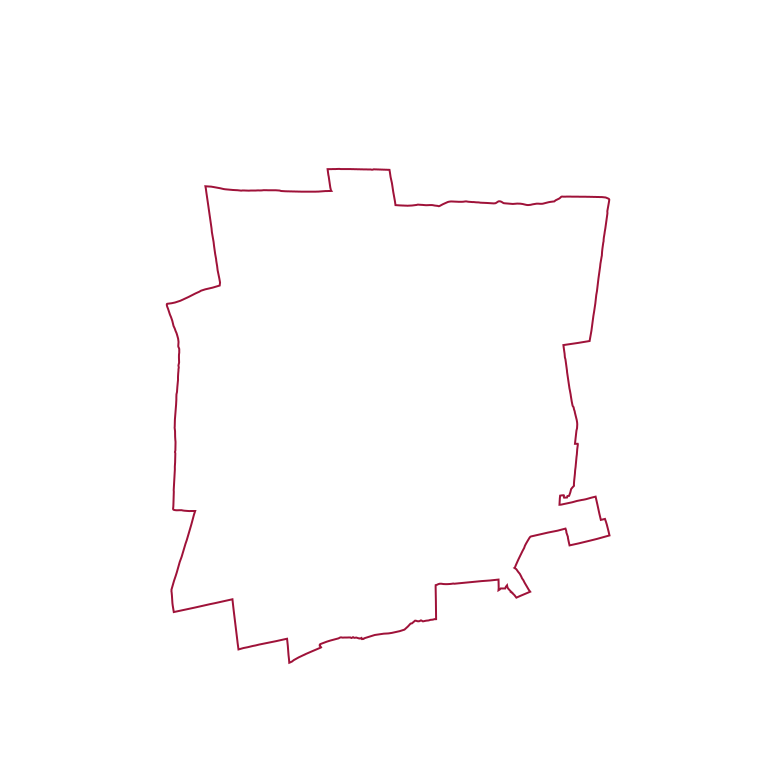 Oprisor, Mehedinti, Romania, rotated 161°
{"feature_id": "2599482B3285510863665", "entity_name": "Oprisor", "entity_type": "district", "adm_level": 2, "iso_a3": "ROU", "parent_name": "Romania", "parent_adm1": "Mehedinti", "projection": "equal_earth", "projection_center": [23.062, 44.291], "detail": "fine", "context": "isolated", "style": "outline", "palette": "rose", "viewbox_px": 768, "rotation_deg": 161, "n_neighbors": 0, "source": "geoboundaries", "source_scale": "gbopen_adm2", "svg_char_len": 6154}
<svg xmlns="http://www.w3.org/2000/svg" viewBox="0 0 768 768"><g transform="rotate(161 384 384)"><path d="M488.5,629.1L488.9,626.4L489.5,623.5L491.8,611.3L496.4,587.3L497.3,583.6L498.9,573.7L499.7,570.1L501.3,561.9L502.1,556.7L502.5,555.1L503.4,549.8L504.3,545.6L505.4,537.1L506.0,533.3L507.3,530.6L514.6,530.9L522.2,531.7L526.6,531.8L528.5,531.4L532.8,531.0L540.6,529.9L549.5,529.0L555.1,529.1L558.4,529.5L562.8,530.4L563.2,530.3L563.4,530.1L563.7,529.1L563.8,527.7L563.7,525.3L563.8,519.3L563.6,516.5L563.6,512.7L564.1,507.4L563.8,504.6L563.8,502.1L563.6,499.6L563.7,497.0L563.9,493.9L564.6,490.6L566.2,486.8L566.3,485.8L566.2,485.1L566.2,483.8L567.4,480.3L568.3,478.5L569.2,476.0L570.4,472.1L570.8,470.9L572.3,468.5L572.7,466.3L573.5,464.9L574.1,463.3L575.1,461.1L576.5,457.7L577.4,455.0L580.4,448.4L582.3,443.9L583.6,441.8L584.6,439.2L585.4,436.9L587.3,432.2L593.3,418.4L595.8,411.7L596.0,411.3L596.2,410.8L596.9,407.5L598.7,402.0L599.5,399.1L599.9,397.4L600.3,396.2L602.9,389.1L603.8,387.7L603.8,386.7L603.9,386.3L607.1,377.7L608.7,373.9L609.6,371.2L617.4,352.1L617.8,350.6L621.9,339.8L623.1,336.7L624.0,334.8L624.1,334.3L624.1,334.0L623.9,333.6L622.7,332.8L621.4,332.2L620.3,331.8L618.5,331.3L617.1,330.8L616.5,330.6L615.2,329.8L613.8,329.1L610.1,327.5L609.0,327.1L607.3,326.6L603.9,325.4L606.3,322.2L611.9,313.9L617.7,305.7L621.4,300.5L623.6,297.7L631.6,286.5L635.1,282.2L641.2,273.4L643.5,270.3L646.6,266.3L652.0,258.6L652.2,257.7L652.5,257.1L652.6,256.3L653.4,253.0L655.4,245.7L655.9,243.3L657.0,236.8L635.7,234.2L620.3,232.5L615.0,231.8L597.4,229.8L599.6,220.0L606.1,189.6L606.7,186.9L608.0,180.4L602.8,180.1L598.5,179.5L593.2,179.0L590.5,178.6L587.0,178.3L569.8,176.0L559.3,174.8L558.6,174.7L560.2,167.7L562.5,158.9L563.6,154.0L564.3,151.3L561.5,151.5L559.2,152.3L553.6,153.3L545.5,154.2L537.8,154.8L536.1,154.9L529.4,155.4L529.2,155.5L530.0,157.4L529.5,157.8L529.5,158.5L528.9,158.8L522.1,159.0L518.2,158.9L509.8,158.3L507.9,158.6L506.8,158.3L506.0,157.8L498.3,155.3L498.0,154.9L497.3,154.4L495.7,154.7L495.4,154.2L494.5,153.6L492.8,153.3L490.2,151.4L489.7,151.4L489.2,151.1L488.2,151.2L488.3,150.7L488.1,150.3L487.9,150.4L487.7,150.3L487.3,149.8L486.7,149.7L486.5,149.9L486.1,149.7L485.6,149.9L484.9,150.0L474.5,149.7L465.5,148.0L460.9,146.7L457.5,146.1L449.6,145.2L444.6,145.1L440.4,146.9L436.9,148.8L435.5,148.6L431.7,150.1L430.9,149.8L429.7,148.9L429.0,148.5L427.5,148.2L426.3,148.5L425.9,148.4L425.3,147.8L424.5,146.9L421.3,146.5L418.7,145.9L417.0,145.9L414.5,145.3L412.6,145.2L411.7,144.8L411.3,144.7L405.6,161.9L401.2,175.5L400.6,177.0L399.3,176.9L397.8,177.1L396.4,177.0L394.9,176.5L392.7,175.4L390.1,174.4L386.6,173.4L384.8,173.0L383.5,172.8L382.7,172.3L356.0,165.9L347.7,163.7L339.4,161.8L340.8,157.4L342.0,153.7L342.9,151.7L341.5,152.0L340.2,152.7L336.0,151.2L334.8,152.6L333.2,153.6L333.4,152.2L333.4,151.3L333.3,150.4L331.9,147.1L331.0,145.4L331.3,145.4L330.8,144.7L329.4,141.9L328.4,138.9L323.8,139.3L313.4,140.0L314.1,142.2L315.0,146.7L315.4,148.6L315.8,150.7L316.1,153.1L316.7,155.1L316.8,155.8L316.9,157.2L317.4,160.3L318.3,162.7L319.2,165.8L319.4,166.1L320.5,167.6L320.1,167.7L318.4,169.7L314.1,174.3L307.4,181.0L304.8,183.4L303.4,185.2L301.6,186.9L299.3,188.9L296.4,191.3L295.4,191.9L294.7,192.0L277.0,190.1L267.6,188.8L259.5,188.2L259.5,186.4L259.6,185.3L259.9,184.2L259.9,181.4L259.9,179.6L260.2,178.6L260.7,174.7L261.1,171.0L251.7,169.9L240.0,168.8L233.2,168.2L220.1,167.4L219.7,171.3L219.1,178.5L219.0,181.8L219.0,184.5L223.2,184.9L222.6,191.2L221.5,200.4L220.6,208.6L224.8,209.0L230.1,209.3L231.2,209.4L233.4,209.7L234.4,209.9L239.6,210.6L244.6,210.9L252.7,211.9L256.0,212.3L257.4,212.7L254.9,218.8L253.8,221.1L252.1,220.8L250.3,220.3L250.2,219.8L250.7,218.8L250.7,217.9L247.9,217.1L247.0,218.3L245.4,218.0L243.1,220.9L241.3,223.7L239.6,224.8L237.5,225.9L237.1,227.3L235.7,230.6L232.7,237.0L231.4,240.1L229.9,243.1L225.7,252.4L224.6,254.6L222.5,259.5L221.6,261.3L220.6,263.3L220.3,264.1L220.3,264.4L222.9,265.3L217.2,277.3L215.9,279.3L214.5,282.7L214.0,284.4L213.5,287.2L212.8,295.0L212.6,296.0L212.6,298.2L212.3,300.3L212.7,301.6L212.7,302.5L212.2,306.3L211.2,312.1L211.0,313.0L210.3,317.6L210.1,319.3L207.0,335.8L206.7,336.8L204.4,348.3L204.3,350.3L203.4,353.8L202.4,359.0L201.7,362.4L187.4,359.7L175.6,357.7L170.5,366.9L163.8,380.3L161.9,383.8L158.0,391.3L154.3,399.1L152.4,402.5L146.9,413.9L141.5,424.5L140.3,427.1L136.7,433.7L136.3,434.3L134.9,437.7L133.4,440.9L130.7,446.2L129.9,447.5L129.3,449.1L128.4,451.0L126.6,454.3L125.7,456.1L124.0,459.2L117.2,472.6L116.8,473.9L116.6,474.7L116.3,475.2L111.9,483.1L111.0,484.9L111.0,485.4L111.3,486.0L112.0,486.7L113.7,488.2L116.9,489.7L131.0,494.9L148.5,501.1L153.3,502.7L154.8,503.3L155.5,503.3L156.8,502.7L158.0,502.3L162.0,501.8L163.5,501.2L163.9,501.3L167.3,502.0L169.2,502.3L175.4,502.8L177.6,503.5L179.7,504.4L180.9,504.8L185.0,505.5L187.1,505.7L188.8,506.1L189.6,506.3L191.1,507.0L194.4,509.1L196.4,510.1L199.3,511.2L203.6,512.3L211.1,515.6L211.9,516.0L212.5,516.6L213.6,518.0L214.1,518.4L214.7,518.9L215.7,519.3L216.4,519.4L219.2,518.7L220.2,518.7L221.6,519.1L228.1,521.8L233.2,523.8L233.7,524.0L235.2,524.8L238.0,525.9L240.1,526.9L241.1,527.2L245.0,528.9L246.8,529.9L247.4,530.1L250.0,530.6L253.9,531.9L260.7,534.6L261.7,534.9L263.2,535.2L264.5,535.3L269.9,534.8L272.9,534.3L273.8,534.2L274.4,534.3L275.2,534.9L277.9,536.2L279.8,537.3L281.0,537.8L282.2,538.2L285.9,539.3L288.2,540.3L289.3,540.8L291.3,541.6L293.6,542.6L294.9,542.7L299.2,543.6L303.7,544.9L311.1,547.8L314.9,549.4L314.1,553.6L312.7,562.7L311.9,567.0L311.1,571.4L310.4,577.5L309.5,582.3L309.1,584.7L310.4,585.2L324.0,590.4L324.8,590.3L326.0,590.7L326.6,591.1L327.1,591.3L332.7,593.3L346.2,598.3L354.9,601.3L356.4,602.0L359.8,603.0L367.4,605.5L368.6,599.5L368.7,598.4L370.8,587.3L371.1,584.4L370.9,583.7L371.7,583.9L376.6,585.5L383.8,587.4L389.5,589.3L394.4,591.0L397.7,592.1L414.4,598.3L418.5,600.0L419.7,600.9L423.0,602.3L428.8,604.3L434.5,606.4L436.3,606.8L438.0,607.3L440.5,608.2L443.0,608.9L447.0,610.3L448.8,610.8L454.5,613.0L456.0,613.3L459.4,614.9L463.6,616.6L470.5,619.7L472.1,620.5L475.1,622.4L481.0,625.7L483.2,626.9L488.5,629.1Z" fill="none" stroke="#9f1239" stroke-width="2"/></g></svg>